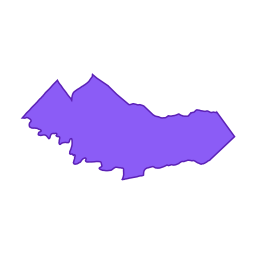 La Pelle, Dennery, Saint Lucia, rotated 30°
{"feature_id": "8701671B14864913892073", "entity_name": "La Pelle", "entity_type": "district", "adm_level": 2, "iso_a3": "LCA", "parent_name": "Saint Lucia", "parent_adm1": "Dennery", "projection": "orthographic", "projection_center": [-60.906, 13.941], "detail": "fine", "context": "isolated", "style": "filled", "palette": "violet", "viewbox_px": 256, "rotation_deg": 30, "n_neighbors": 0, "source": "geoboundaries", "source_scale": "gbopen_adm2", "svg_char_len": 5824}
<svg xmlns="http://www.w3.org/2000/svg" viewBox="0 0 256 256"><g transform="rotate(30 128 128)"><path d="M96.4,179.7L96.4,180.0L97.0,180.9L97.1,181.4L97.3,182.4L97.5,183.3L97.8,184.2L98.0,185.1L98.1,185.4L98.6,185.7L99.1,186.0L99.9,185.9L100.5,185.6L101.9,184.4L102.5,183.5L102.7,182.9L103.3,182.1L103.6,181.7L103.7,181.4L103.7,181.0L103.8,181.0L103.9,180.4L103.9,179.6L104.1,178.3L104.3,177.5L105.3,175.9L105.7,175.5L106.1,175.3L106.5,175.3L107.0,175.6L107.3,176.1L107.5,176.9L107.5,177.5L107.9,177.9L108.4,178.0L109.3,178.0L110.4,177.4L111.0,177.0L112.9,175.9L113.7,175.4L115.8,174.0L116.6,173.4L117.7,172.6L119.1,171.9L119.5,171.6L121.0,171.1L121.5,171.1L122.0,171.4L122.3,171.7L124.1,173.6L124.4,174.0L124.4,174.4L124.1,175.1L123.9,175.7L123.5,176.1L123.2,176.7L123.2,177.1L123.3,177.4L123.7,177.6L124.4,177.7L125.0,177.7L125.4,177.6L127.3,177.3L127.8,177.0L128.4,176.7L130.4,175.9L131.4,175.3L134.4,173.1L134.8,172.4L136.0,169.6L136.6,168.6L137.0,168.1L138.0,167.6L139.7,167.0L140.5,166.7L141.0,166.3L141.6,166.1L142.2,166.0L143.4,165.4L144.0,165.4L144.4,165.6L145.0,166.2L145.6,167.4L146.6,168.9L146.8,169.3L147.3,170.1L147.7,170.8L148.4,173.1L148.7,174.9L148.7,175.5L149.0,175.5L149.4,175.1L149.7,174.8L150.2,174.5L151.2,173.4L151.8,173.0L152.8,172.1L153.7,171.3L154.1,170.8L155.0,170.1L160.2,165.7L161.6,164.2L162.5,163.3L163.3,162.9L164.1,162.2L164.5,161.8L164.9,161.3L165.0,161.1L164.9,160.9L163.8,158.7L163.4,157.4L163.3,156.7L163.4,155.5L163.6,154.7L164.0,153.9L164.6,153.0L165.5,152.3L166.2,151.5L168.3,149.4L168.8,149.0L169.1,148.9L169.6,148.8L171.7,148.8L172.4,148.5L173.9,147.8L175.4,146.8L175.9,146.3L177.9,144.0L179.0,142.6L179.7,141.5L180.0,140.9L180.5,140.5L181.3,140.4L181.7,140.4L182.1,140.1L183.0,139.2L183.5,138.4L183.9,138.1L184.6,137.8L185.7,137.5L186.6,136.9L187.7,136.0L189.8,133.3L190.0,132.4L190.6,131.4L191.0,130.5L191.4,130.1L191.8,129.8L193.2,129.1L193.5,128.7L194.3,127.8L194.9,127.2L195.9,126.0L196.6,125.6L198.5,124.8L199.6,124.5L200.0,124.3L200.3,123.9L200.7,123.6L201.4,123.3L202.3,123.2L203.0,123.2L203.8,123.3L205.1,123.3L205.8,123.3L207.1,123.0L207.9,123.0L209.0,122.9L209.7,122.5L209.9,122.2L210.8,121.4L211.2,121.2L212.1,119.9L213.2,118.0L213.5,117.2L213.9,116.3L214.7,115.3L215.0,114.6L215.2,113.7L215.4,112.9L215.8,111.7L224.6,82.2L197.2,70.0L197.3,70.3L195.6,70.9L194.8,71.3L194.0,71.5L193.4,72.1L192.6,72.8L192.1,73.1L191.1,73.3L188.9,73.4L188.4,73.5L187.8,73.8L186.9,74.7L186.3,75.1L185.1,75.7L184.8,75.7L182.2,76.7L181.0,76.9L179.8,77.4L178.9,77.7L178.4,78.0L178.1,78.5L177.9,79.0L177.7,79.8L177.4,80.9L177.1,81.4L176.6,82.0L176.2,82.2L175.7,82.6L175.1,83.6L174.8,83.6L174.8,84.0L174.2,87.4L173.9,87.8L172.8,88.5L171.2,89.4L170.6,89.7L169.3,90.2L168.7,90.2L167.4,90.5L166.3,90.5L165.3,90.4L164.8,90.6L163.4,92.5L162.4,93.6L162.1,93.9L161.7,94.2L160.1,95.5L159.8,95.9L158.8,96.5L158.1,96.8L157.5,97.0L156.7,97.3L156.7,97.6L156.7,98.0L156.0,99.0L155.6,100.0L155.1,100.5L154.4,101.0L154.0,101.2L153.3,101.7L152.5,102.3L151.0,102.8L149.0,103.0L146.3,103.9L145.1,104.1L143.5,104.0L143.4,104.1L130.9,101.1L130.2,101.1L129.5,101.2L128.9,101.3L127.2,101.7L126.5,101.9L126.0,102.3L125.4,102.8L124.7,103.2L123.0,103.5L120.5,104.3L120.3,104.4L119.8,104.9L118.7,106.2L117.6,107.1L116.8,107.3L116.1,107.1L101.4,104.5L89.9,101.5L89.8,101.4L76.1,100.4L70.5,99.4L70.7,100.0L71.1,100.5L71.4,101.1L71.0,104.6L70.9,106.6L70.6,108.0L69.9,110.0L69.4,111.1L68.9,112.3L68.4,113.1L68.1,113.9L67.5,114.8L66.1,117.8L65.3,119.2L64.9,119.9L63.4,123.3L63.2,124.0L63.1,124.4L63.1,125.7L63.3,126.8L63.4,127.4L63.8,128.5L64.2,129.8L64.7,130.8L65.0,131.3L65.2,131.6L65.4,132.2L65.0,132.0L64.6,131.7L64.2,131.4L63.2,130.9L62.7,130.8L62.2,130.6L60.1,129.8L58.2,129.0L57.3,128.5L56.0,128.0L55.9,127.9L54.1,127.2L52.3,126.5L49.0,124.9L46.9,124.1L45.7,123.6L44.5,122.9L43.9,122.5L43.5,122.4L43.0,122.0L42.9,122.4L41.5,127.8L41.2,129.2L40.7,131.8L40.1,134.4L39.7,135.6L39.4,136.8L39.1,137.8L38.8,139.1L38.6,140.9L38.3,142.1L38.3,142.9L38.1,143.2L37.5,146.1L37.2,146.7L36.8,148.5L36.5,150.0L36.4,150.8L36.0,152.2L35.8,153.3L34.9,156.5L34.3,158.8L33.8,161.7L32.7,165.5L32.4,167.0L32.1,169.0L31.7,170.7L31.4,172.2L31.6,172.1L32.9,171.4L33.5,171.2L34.0,170.8L35.0,169.6L35.6,169.4L36.2,169.2L37.8,169.2L38.9,169.3L39.8,169.6L40.4,170.1L40.6,170.6L40.6,171.1L40.3,172.8L40.3,173.1L40.8,174.5L41.1,175.0L41.9,175.9L42.3,176.2L43.7,176.2L44.6,176.1L45.0,176.0L46.8,175.0L47.1,174.8L47.4,174.6L48.6,174.2L49.2,173.8L49.9,173.7L51.4,173.7L52.5,173.4L52.9,173.3L53.6,173.4L54.0,173.6L54.3,174.0L53.8,175.3L53.2,175.9L53.0,176.4L53.0,176.7L53.1,177.4L53.4,178.1L53.4,178.3L53.7,178.6L53.9,178.7L54.4,178.7L54.7,178.6L55.7,178.2L55.9,178.2L56.4,177.9L57.4,177.0L58.2,176.3L58.6,176.0L59.6,175.6L60.3,175.5L60.9,175.5L61.3,175.5L64.7,176.8L65.0,176.6L65.2,176.1L65.2,175.8L65.2,175.2L64.9,174.4L64.7,173.5L64.6,172.6L64.6,171.9L64.6,171.6L65.0,171.0L65.2,170.7L65.8,170.2L66.7,169.8L66.7,169.7L67.1,169.6L67.7,169.0L68.3,168.7L68.7,168.5L69.2,168.6L69.5,169.0L69.6,169.4L69.6,170.6L70.5,170.8L71.0,170.8L71.3,170.6L71.7,170.2L72.1,170.3L72.5,170.1L72.9,170.0L73.4,170.1L73.6,170.3L74.0,171.0L74.7,173.2L75.0,173.7L75.3,174.3L75.3,174.6L75.6,175.2L75.9,175.6L76.5,176.1L76.9,176.3L77.3,176.2L77.5,176.0L77.7,175.7L77.9,174.9L78.1,174.5L78.6,173.8L78.8,173.5L79.5,172.9L80.9,171.8L81.3,171.6L82.0,171.4L82.7,171.0L83.5,170.6L83.8,170.3L83.9,169.8L83.9,169.0L83.5,167.3L83.5,166.6L83.6,166.1L83.8,165.9L84.1,165.6L84.5,165.5L84.8,165.7L85.3,166.2L85.8,166.8L86.7,168.2L87.4,169.4L88.1,170.9L88.5,172.2L89.2,175.3L89.2,175.5L89.4,177.4L89.8,178.2L89.9,178.4L90.2,179.2L90.5,179.3L90.9,179.5L91.6,179.3L91.8,179.1L92.3,178.7L92.6,178.5L93.1,178.5L93.5,178.5L93.9,178.7L94.1,179.0L94.5,179.0L94.6,178.6L94.6,178.4L95.0,178.0L95.7,178.0L96.0,178.4L96.3,179.0L96.4,179.7Z" fill="#8b5cf6" stroke="#5b21b6" stroke-width="1.5"/></g></svg>